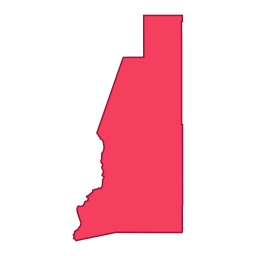 outline of Lander, Nevada, United States of America
{"feature_id": "52423323B98901658080705", "entity_name": "Lander", "entity_type": "district", "adm_level": 2, "iso_a3": "USA", "parent_name": "United States of America", "parent_adm1": "Nevada", "projection": "equal_earth", "projection_center": [-117.527, 40.047], "detail": "fine", "context": "isolated", "style": "filled", "palette": "rose", "viewbox_px": 256, "rotation_deg": 0, "n_neighbors": 0, "source": "geoboundaries", "source_scale": "gbopen_adm2", "svg_char_len": 2314}
<svg xmlns="http://www.w3.org/2000/svg" viewBox="0 0 256 256"><path d="M182.3,15.4L143.7,15.4L143.8,57.3L123.3,57.4L118.5,71.0L96.9,133.0L97.1,133.3L97.8,134.1L98.3,134.9L98.9,136.2L99.9,136.7L100.1,138.3L100.8,139.0L101.6,139.5L102.4,140.0L102.8,140.9L103.2,141.8L103.5,142.3L103.4,143.0L103.5,144.0L103.7,144.8L103.9,145.8L104.1,146.4L104.0,147.2L104.1,148.1L103.9,149.0L103.7,150.0L103.4,150.7L103.2,151.7L102.2,152.8L101.8,153.8L101.9,154.6L102.1,155.3L101.6,156.0L101.7,157.8L101.8,158.8L101.5,159.4L101.1,160.1L101.1,161.0L101.1,161.7L101.1,162.5L101.4,162.9L101.9,163.5L102.3,163.6L102.6,164.0L102.8,164.6L102.6,165.3L102.2,166.1L101.8,166.9L102.1,167.5L101.9,168.3L102.3,168.9L102.7,169.7L103.4,170.5L103.7,170.9L103.5,171.6L103.2,172.0L103.2,172.7L102.6,173.6L102.6,174.3L102.2,174.8L102.0,175.3L102.5,175.7L102.8,176.0L103.5,176.5L103.9,176.8L104.0,177.5L103.9,178.0L103.4,178.8L102.9,179.5L102.7,180.1L102.5,180.8L102.6,181.2L102.7,182.1L102.6,183.0L102.4,183.8L102.4,184.6L102.4,185.0L102.2,185.9L102.0,186.7L101.5,187.2L101.3,188.0L101.0,188.4L100.5,188.6L99.4,188.1L98.5,188.2L98.0,188.5L97.5,189.0L96.4,189.3L95.1,189.4L94.3,190.0L93.5,189.9L92.9,190.1L92.7,190.4L92.7,190.9L92.7,191.4L92.7,192.1L92.1,192.4L91.6,192.8L91.5,193.1L91.2,193.4L90.8,193.4L90.2,193.7L89.8,194.8L89.3,195.2L88.7,195.1L88.2,195.7L87.5,195.8L86.8,196.2L86.6,196.4L86.6,196.9L86.7,197.1L87.3,197.2L87.8,197.4L88.3,198.1L88.1,198.9L88.0,199.6L87.8,200.5L87.0,201.0L86.2,201.2L85.3,201.4L84.8,201.8L84.8,202.5L84.2,203.0L84.2,203.6L84.0,204.2L83.7,204.8L83.3,205.5L82.8,205.9L82.0,206.0L81.3,206.2L80.2,206.5L78.8,206.2L78.5,206.0L78.1,206.3L77.8,206.8L77.2,207.9L77.0,209.6L77.2,210.3L77.2,211.5L77.6,212.5L77.9,213.6L78.3,215.0L78.8,216.1L78.8,217.0L79.6,218.3L79.8,219.7L80.3,220.7L80.9,222.1L81.0,223.3L80.7,224.8L80.6,225.7L80.0,226.5L79.4,226.8L78.7,228.1L77.9,229.5L76.9,229.8L75.5,231.0L74.6,231.6L74.4,232.9L74.7,233.5L74.3,234.0L74.0,234.5L73.5,234.5L73.4,235.2L74.0,235.5L74.2,236.6L74.0,237.3L73.7,237.7L73.5,238.1L73.9,238.6L74.1,238.8L74.5,238.9L74.8,239.0L75.1,239.2L75.4,239.5L75.5,239.7L75.7,240.4L75.8,240.6L115.9,232.3L161.5,232.5L182.0,232.5L182.3,230.8L182.2,207.4L182.6,204.5L182.5,124.6L181.6,124.3L181.6,40.3L181.4,21.7L182.3,21.6L182.3,15.4Z" fill="#f43f5e" stroke="#9f1239" stroke-width="1.5"/></svg>